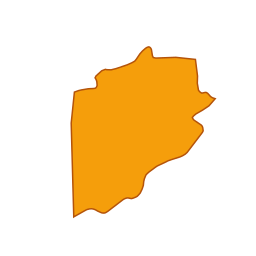 outline of La Paz, rotated 57°
{"feature_id": "SLV-1347", "entity_name": "La Paz", "entity_type": "Department", "adm_level": 1, "iso_a3": "SLV", "parent_name": "El Salvador", "parent_adm1": "", "projection": "equal_earth", "projection_center": [-88.936, 13.47], "detail": "fine", "context": "isolated", "style": "filled", "palette": "amber", "viewbox_px": 256, "rotation_deg": 57, "n_neighbors": 0, "source": "natural_earth", "source_scale": "10m", "svg_char_len": 1508}
<svg xmlns="http://www.w3.org/2000/svg" viewBox="0 0 256 256"><g transform="rotate(57 128 128)"><path d="M173.0,221.9L93.0,173.0L68.7,153.4L69.7,149.1L70.7,146.3L73.4,140.1L73.9,139.2L74.4,138.3L76.0,135.6L76.9,133.6L76.6,132.3L75.5,130.7L72.1,128.9L70.2,128.4L68.8,128.3L68.0,128.3L66.9,126.4L65.7,118.9L66.5,115.0L67.5,114.1L70.0,110.5L71.7,105.6L74.6,94.2L75.4,89.2L75.6,86.0L74.9,83.7L72.3,77.6L71.3,73.9L70.7,69.9L70.8,67.8L71.3,66.3L72.1,65.8L73.0,65.5L74.1,65.5L75.1,65.7L80.6,68.1L81.7,68.3L82.7,68.4L84.5,66.6L94.8,49.4L107.2,34.1L122.3,41.4L128.2,45.5L134.7,48.3L135.9,48.2L137.4,47.9L138.1,47.6L138.8,47.2L139.3,46.3L140.1,44.1L140.6,43.2L141.4,42.7L142.3,42.3L146.6,41.6L148.5,40.8L150.9,38.9L153.5,48.0L153.6,55.5L153.2,63.4L153.6,66.5L154.2,68.3L155.3,68.5L156.4,68.5L157.5,68.3L165.6,64.9L167.1,64.8L168.6,65.2L171.3,66.5L172.2,68.0L180.7,91.7L180.9,93.0L181.1,94.3L181.0,97.3L180.6,100.0L178.0,109.4L177.8,110.5L177.5,111.5L177.2,113.0L177.2,113.7L177.2,113.9L175.8,124.0L175.8,126.1L176.3,134.1L176.7,136.7L177.2,138.6L179.5,141.9L181.5,144.0L184.5,146.4L186.9,149.4L189.2,153.2L189.9,155.6L190.3,157.5L190.2,159.0L189.7,161.6L189.4,162.7L189.0,163.7L186.9,165.8L186.3,166.6L185.9,167.6L185.6,168.8L185.4,170.2L185.4,171.7L186.9,190.5L186.8,193.1L186.4,194.2L185.9,195.0L185.2,195.9L184.5,196.5L181.3,198.6L178.8,199.9L177.2,201.1L175.9,202.5L175.4,203.4L174.9,204.3L174.5,205.5L174.1,206.6L173.9,207.9L173.0,221.8L173.0,221.9Z" fill="#f59e0b" stroke="#b45309" stroke-width="1.5"/></g></svg>